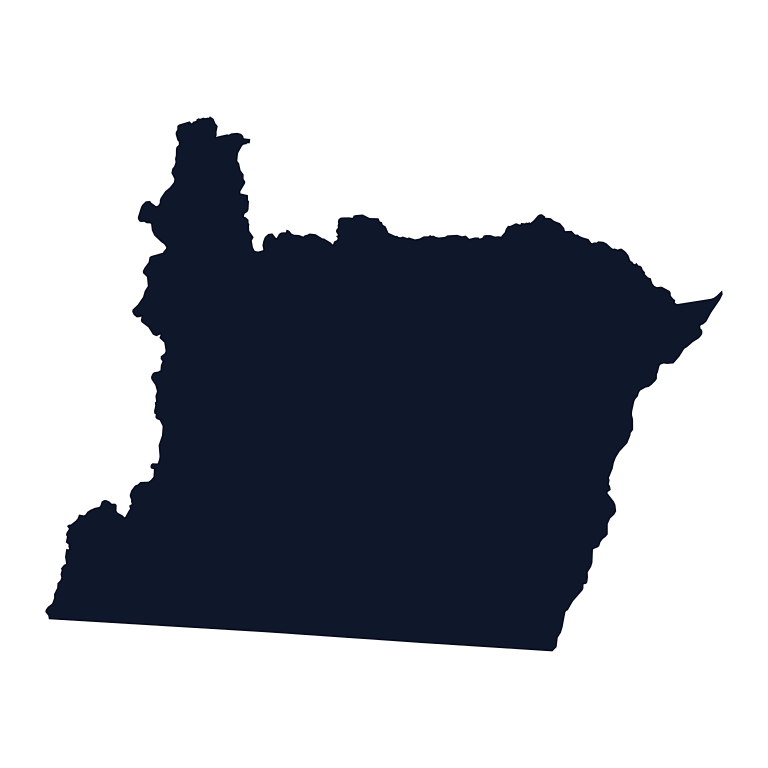 outline of Santana do Araguaia, Pará, Brazil
{"feature_id": "56859067B41471676463759", "entity_name": "Santana do Araguaia", "entity_type": "district", "adm_level": 2, "iso_a3": "BRA", "parent_name": "Brazil", "parent_adm1": "Pará", "projection": "orthographic", "projection_center": [-50.681, -9.277], "detail": "fine", "context": "isolated", "style": "filled", "palette": "ink", "viewbox_px": 768, "rotation_deg": 0, "n_neighbors": 0, "source": "geoboundaries", "source_scale": "gbopen_adm2", "svg_char_len": 6089}
<svg xmlns="http://www.w3.org/2000/svg" viewBox="0 0 768 768"><path d="M58.2,583.5L57.9,588.2L54.8,594.3L54.9,598.1L53.0,603.4L52.1,604.6L48.4,607.3L46.4,610.2L46.1,611.7L49.0,615.4L49.5,618.5L264.3,631.4L423.7,642.4L552.1,650.6L555.9,646.7L557.0,637.4L560.2,632.4L561.9,626.9L564.7,611.7L565.8,610.3L567.3,609.6L572.3,600.9L581.8,590.0L582.6,588.4L582.8,583.7L585.8,583.1L586.6,581.9L587.2,577.3L587.0,572.0L590.4,566.6L591.7,562.5L592.2,549.7L592.8,548.5L597.6,546.6L598.6,545.6L599.9,541.6L602.2,538.5L605.1,536.3L607.0,534.1L607.0,523.8L609.6,517.9L613.7,514.2L615.4,511.1L614.7,505.0L613.2,501.8L606.8,493.6L606.9,491.6L609.9,489.6L609.3,486.3L608.0,484.5L608.8,480.2L608.1,477.9L612.0,468.3L613.1,462.7L615.2,457.2L619.1,450.9L626.7,442.7L629.7,435.1L630.0,432.7L632.4,429.5L632.3,419.2L631.2,415.0L631.4,411.4L633.6,401.2L634.8,398.6L637.2,395.9L638.2,392.4L639.7,390.0L645.2,386.9L648.4,386.2L651.1,384.2L655.0,380.3L656.1,378.7L656.2,374.1L657.1,372.3L658.8,365.6L660.1,363.9L663.6,362.7L667.1,363.2L673.1,362.7L678.9,356.0L683.7,348.3L686.5,346.6L692.5,341.4L698.3,337.8L700.4,335.5L701.5,333.6L701.6,331.5L701.0,329.9L699.8,329.1L699.4,325.9L700.7,324.4L702.7,323.7L705.6,321.3L710.6,312.2L719.4,299.3L721.9,294.2L721.6,292.0L717.2,296.3L714.1,298.5L711.3,299.5L677.0,304.9L674.0,303.3L674.4,300.4L673.1,299.7L670.1,296.1L669.9,292.9L669.1,291.5L661.4,287.4L656.6,287.9L653.8,286.5L651.6,283.6L650.2,278.9L647.5,278.0L643.9,274.2L644.3,272.8L642.1,270.2L641.1,267.5L639.8,266.5L638.0,266.3L636.3,264.0L635.3,265.3L632.6,263.9L631.8,262.3L630.4,261.9L629.4,260.4L627.8,255.7L625.1,252.3L622.5,250.2L621.0,249.3L617.5,250.4L614.7,249.3L612.9,249.6L611.3,248.8L606.1,244.0L603.0,242.5L598.4,242.1L597.1,243.3L594.0,243.2L592.8,244.1L590.8,243.6L588.0,239.7L583.0,238.3L578.9,236.6L577.7,235.4L574.8,235.3L571.3,231.6L564.9,231.9L563.9,230.3L563.6,228.5L559.6,223.8L553.6,221.5L550.5,218.9L544.0,218.4L544.4,217.0L541.7,215.0L540.1,215.1L538.4,216.0L534.3,220.8L530.3,224.1L529.3,223.1L528.0,223.7L526.3,223.4L525.1,224.2L521.6,223.7L520.6,225.7L516.1,224.0L510.2,226.8L508.4,226.6L506.5,229.3L505.4,232.7L502.3,236.1L501.7,237.5L498.3,237.0L494.8,237.4L490.2,235.8L485.9,235.8L484.1,236.3L483.5,237.7L482.2,238.7L479.2,239.5L478.3,238.3L475.0,238.2L469.1,239.7L465.5,236.4L462.1,237.1L457.0,235.6L447.7,236.1L445.2,237.6L438.8,238.3L435.7,237.7L433.3,236.4L431.7,236.8L430.2,236.0L428.6,237.1L424.0,237.1L419.7,239.3L414.9,240.2L408.9,238.2L407.7,239.0L402.7,237.3L401.2,238.0L398.1,237.8L397.0,236.6L395.3,236.8L387.8,233.3L385.1,227.0L382.2,225.4L381.3,222.7L379.3,222.2L378.0,219.0L369.5,218.8L362.6,215.3L356.1,215.8L354.3,216.2L353.0,218.7L348.9,218.1L342.3,218.2L340.6,218.5L339.2,219.7L338.6,221.5L339.0,223.6L338.4,225.6L338.7,227.2L338.2,228.7L336.9,230.2L336.8,231.7L339.2,235.5L337.3,236.4L338.4,237.7L338.2,239.2L337.5,240.6L334.6,242.1L333.7,245.1L332.3,245.3L330.2,243.1L323.7,239.2L322.3,239.2L315.3,234.9L309.6,234.3L308.1,235.2L304.9,236.1L303.5,237.5L298.8,235.7L293.8,235.5L291.2,234.3L288.8,231.4L287.1,230.6L286.6,232.3L285.5,233.5L284.2,233.0L281.3,233.3L279.6,234.4L277.7,237.9L276.1,239.4L272.0,234.2L268.5,234.7L265.4,237.6L263.9,241.7L263.2,245.6L264.1,249.3L263.5,250.9L258.4,252.3L255.5,251.9L253.8,251.0L252.2,247.6L251.0,240.5L252.8,237.3L248.5,231.2L248.2,226.5L248.6,224.6L247.9,223.4L247.7,220.1L245.4,218.0L243.7,217.4L243.0,216.1L244.1,213.1L246.8,211.5L247.8,209.4L248.2,201.5L247.3,200.5L247.2,195.7L239.6,194.0L239.6,191.1L244.3,183.3L244.5,181.8L242.8,179.1L242.9,174.8L239.9,170.7L238.4,163.7L236.5,161.3L237.3,153.0L241.4,145.6L242.8,144.1L246.0,143.4L247.2,142.5L249.1,142.5L249.4,139.7L243.8,139.1L242.6,137.9L242.6,136.5L241.6,135.4L240.6,134.5L237.2,133.6L231.5,134.1L228.8,135.6L227.2,135.1L215.4,137.8L215.1,136.4L215.9,135.1L215.8,131.9L216.9,126.3L214.9,124.0L212.9,119.3L210.1,117.4L209.2,118.8L207.8,118.4L205.0,119.0L203.4,118.4L200.2,119.6L198.6,119.1L197.3,119.8L196.8,121.6L193.5,122.4L192.6,124.0L191.0,124.1L189.4,122.2L179.5,125.2L178.1,126.2L178.0,130.3L176.6,132.0L176.4,134.2L178.1,140.0L179.4,141.2L179.7,144.5L178.7,146.2L177.3,147.2L176.7,149.1L176.6,155.4L175.8,158.9L176.3,162.4L174.9,166.6L173.0,169.0L172.2,172.9L175.2,178.9L174.6,182.5L170.4,187.9L165.7,191.8L161.3,198.3L160.6,200.2L160.5,203.2L159.0,205.7L157.2,206.9L155.6,206.8L150.9,203.4L149.6,201.7L146.0,202.1L142.7,205.5L141.6,207.7L138.6,217.3L138.7,218.8L139.9,220.8L141.3,221.3L144.4,221.0L146.8,222.5L150.2,222.6L151.8,223.5L152.6,230.2L154.9,235.1L161.4,241.3L164.9,243.9L167.0,247.0L166.8,248.9L164.3,251.7L163.6,253.3L151.6,256.7L150.2,257.6L149.3,262.5L144.8,268.6L143.6,271.3L143.7,272.8L147.7,276.7L148.6,286.3L145.4,291.3L143.7,297.3L138.3,305.2L133.2,310.0L133.0,311.6L134.3,314.4L137.0,316.6L139.7,316.4L141.5,315.4L142.3,316.8L141.6,320.2L142.1,321.7L148.9,326.8L153.4,334.0L156.4,335.4L160.5,333.5L161.5,334.6L160.3,337.8L165.0,342.2L166.4,351.2L165.3,353.8L161.5,356.7L161.4,358.7L163.3,361.1L161.6,365.4L161.2,370.8L158.4,372.3L154.6,372.9L153.3,373.8L151.9,376.7L151.9,378.5L152.6,379.8L155.9,384.7L157.8,391.4L156.2,396.1L156.9,401.7L155.6,403.0L156.0,405.9L154.8,411.1L155.0,413.0L156.7,414.0L156.1,417.1L157.2,418.5L160.2,419.6L163.4,426.1L162.7,435.6L159.4,445.4L160.3,456.5L159.8,459.6L158.5,463.6L157.3,464.3L152.9,464.0L151.7,464.9L151.2,466.5L151.5,467.8L154.7,468.6L154.2,477.1L151.5,480.4L148.8,482.4L140.7,482.7L138.2,485.1L135.5,486.1L132.0,490.7L130.5,495.0L130.7,496.8L132.0,499.8L131.7,501.4L132.7,504.4L130.0,506.1L130.9,509.2L129.7,510.4L125.8,517.5L124.3,518.3L122.0,515.9L117.5,513.5L116.3,512.1L115.7,510.8L115.9,505.4L114.9,504.4L111.5,504.5L108.8,502.0L105.9,500.8L104.3,500.8L102.3,502.1L101.2,505.6L99.9,507.6L95.0,508.6L90.9,510.4L87.9,512.3L85.9,515.3L84.0,516.2L79.5,515.4L78.5,518.4L76.5,521.0L71.1,525.3L69.6,525.3L68.0,526.2L69.9,528.8L67.2,533.1L66.8,535.0L67.8,536.4L66.6,542.0L69.6,544.5L69.1,546.3L70.1,549.2L68.7,550.2L66.9,549.8L65.8,556.9L66.9,563.7L66.0,564.9L64.5,565.3L61.8,568.6L62.4,570.3L61.3,574.3L62.1,577.7L60.9,580.9L58.2,583.5Z" fill="#0f172a" stroke="#020617" stroke-width="1.5"/></svg>